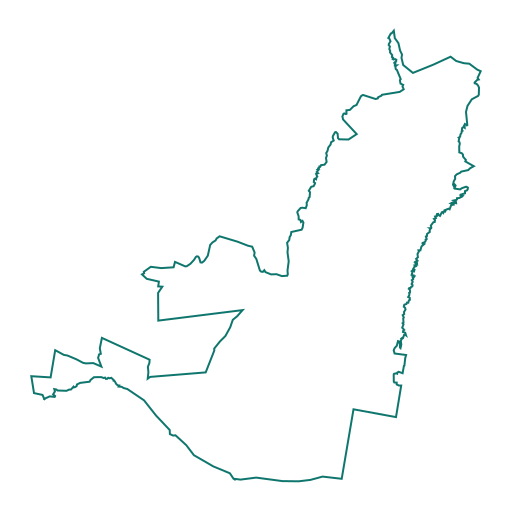 Villa del Carbón, México, Mexico
{"feature_id": "50627088B23542749511930", "entity_name": "Villa del Carbón", "entity_type": "district", "adm_level": 2, "iso_a3": "MEX", "parent_name": "Mexico", "parent_adm1": "México", "projection": "albers", "projection_center": [-99.483, 19.744], "detail": "fine", "context": "isolated", "style": "outline", "palette": "teal", "viewbox_px": 512, "rotation_deg": 0, "n_neighbors": 0, "source": "geoboundaries", "source_scale": "gbopen_adm2", "svg_char_len": 6022}
<svg xmlns="http://www.w3.org/2000/svg" viewBox="0 0 512 512"><path d="M142.0,274.4L146.7,278.8L158.9,281.6L158.2,286.4L162.3,286.7L158.1,292.9L158.3,320.6L242.6,310.1L237.1,316.3L232.8,319.8L230.2,327.3L225.4,336.0L220.0,341.4L214.2,348.6L214.3,350.5L205.7,372.4L150.2,376.9L147.7,378.7L148.4,372.4L147.9,366.8L149.4,363.0L149.6,359.7L101.9,337.9L99.8,348.3L100.8,353.8L99.1,354.4L98.1,357.9L101.4,366.6L93.3,363.1L85.9,363.4L83.0,362.8L76.4,359.3L67.4,355.5L63.9,354.9L55.2,350.2L50.6,377.4L31.3,376.2L34.0,393.1L42.5,394.9L44.2,398.8L43.9,399.8L45.3,398.4L49.7,396.4L54.7,396.9L55.1,396.0L53.1,394.4L54.9,391.5L54.3,389.1L56.4,389.5L57.5,390.5L66.5,390.8L69.1,389.6L71.0,389.5L73.5,386.7L73.9,387.4L75.4,387.0L76.8,385.8L76.9,384.5L80.1,382.9L89.6,381.7L90.5,380.0L94.0,377.2L101.2,377.1L103.6,378.0L105.1,377.6L105.9,378.9L107.2,378.8L108.2,377.8L109.6,378.3L111.3,377.8L113.8,380.2L113.6,380.7L114.7,381.2L116.4,384.2L117.7,385.3L119.2,385.5L118.7,386.6L121.6,386.8L123.8,388.1L127.3,389.0L144.0,400.3L156.0,415.5L169.7,430.0L169.9,434.1L173.2,435.6L175.5,435.3L186.3,445.2L193.9,455.2L213.3,466.4L229.9,473.3L233.5,478.7L234.8,479.5L235.0,478.9L240.5,479.6L256.2,477.6L282.4,481.1L298.7,481.3L310.4,479.9L322.6,476.6L341.7,478.8L353.5,409.3L396.0,417.1L401.2,385.5L399.0,385.5L396.7,384.5L396.7,382.6L394.3,382.5L393.8,381.7L393.7,374.5L394.0,373.8L396.3,373.3L397.2,373.7L397.4,372.5L398.6,371.8L402.6,373.2L403.9,365.9L404.4,365.6L405.2,358.3L406.1,355.0L394.6,353.5L393.7,350.4L394.5,348.3L396.8,345.7L398.0,341.1L398.9,341.4L399.9,344.0L400.0,347.6L400.5,348.1L401.3,344.6L400.8,340.7L401.7,339.2L401.2,338.7L402.3,337.8L403.0,338.0L404.1,334.9L405.1,334.6L406.0,335.3L405.2,332.7L403.0,332.0L403.2,330.8L404.2,329.9L402.2,327.7L403.5,324.4L402.6,323.2L403.5,322.6L403.2,318.5L403.8,317.5L402.7,315.1L404.2,314.1L404.0,312.0L405.5,309.6L405.1,307.8L403.8,306.7L404.3,304.7L406.4,304.0L407.0,302.6L408.3,302.7L408.9,300.4L409.9,299.8L409.7,297.7L408.2,297.0L409.4,294.9L409.2,292.8L409.9,292.6L410.1,291.4L409.6,289.3L408.8,288.8L409.2,288.1L410.4,288.2L410.8,287.2L412.3,286.4L412.6,285.1L411.6,284.0L412.7,281.9L411.8,280.2L413.1,279.3L412.7,277.6L413.4,277.9L414.4,276.4L413.2,276.4L413.6,275.4L411.6,274.9L412.5,272.1L411.7,271.2L412.8,270.4L414.1,271.2L414.5,269.7L413.1,269.1L414.4,266.8L415.7,266.3L414.7,265.3L416.8,264.8L415.5,263.2L417.0,263.3L416.8,261.9L415.9,261.5L417.5,260.7L416.1,258.9L417.9,257.3L417.5,254.0L418.9,251.4L418.5,250.3L420.4,250.3L421.5,246.4L424.2,244.1L422.5,243.5L422.6,242.9L424.7,242.2L425.8,240.6L425.6,239.6L426.7,239.0L425.9,236.5L426.9,236.1L427.1,233.9L429.8,231.9L429.6,230.3L430.6,228.6L429.9,228.2L431.2,228.1L431.3,227.3L430.8,225.6L433.4,222.2L434.7,222.0L435.0,220.2L434.0,218.9L435.9,218.1L435.1,216.5L436.8,216.1L436.8,214.9L437.7,214.6L437.4,214.0L438.2,213.9L438.5,215.0L440.0,215.9L441.8,212.3L442.4,212.0L443.3,213.0L444.1,211.2L445.1,211.6L445.6,210.6L445.1,210.1L448.5,208.7L449.6,209.3L451.2,205.1L453.7,204.6L453.5,204.0L451.0,203.3L452.5,202.5L456.1,203.2L455.9,201.7L453.7,200.5L456.4,199.9L457.1,199.2L457.0,198.2L459.2,198.0L461.8,196.8L462.7,195.9L460.4,195.4L460.5,194.7L465.0,193.3L465.0,191.1L467.1,190.3L467.7,189.2L467.9,187.6L466.1,186.7L461.8,188.2L460.2,189.4L454.6,188.6L454.2,188.1L455.1,186.8L454.6,186.4L455.5,185.4L454.6,184.4L453.5,185.6L453.0,184.7L453.8,181.2L455.2,178.8L455.0,176.2L456.6,174.4L460.1,172.8L461.2,171.6L468.2,170.1L470.2,168.2L473.8,166.2L465.3,161.4L465.9,160.0L463.1,156.7L462.9,154.5L461.9,153.3L459.3,152.4L459.2,146.3L459.8,143.8L459.5,142.2L458.6,141.4L459.3,137.9L458.8,137.6L460.1,136.7L460.5,134.3L461.5,133.0L461.7,131.2L462.5,130.8L461.9,130.0L462.1,128.1L463.5,127.0L464.7,127.8L464.7,126.8L463.8,126.2L464.9,124.0L466.8,125.4L467.3,125.1L466.0,111.9L467.5,105.9L471.8,99.3L478.1,95.9L478.8,94.7L479.0,87.6L478.1,85.6L476.6,83.9L474.7,83.3L474.6,82.5L477.3,79.8L478.7,79.5L477.6,77.9L480.7,71.2L477.2,69.6L469.3,63.7L463.9,63.2L456.2,61.0L450.6,56.7L433.0,64.8L412.9,72.9L403.2,65.0L401.5,57.9L402.0,54.5L400.1,50.6L398.4,43.1L394.8,38.1L393.8,30.7L391.6,33.4L390.8,33.5L388.4,37.9L389.1,38.1L390.5,41.3L388.8,44.1L388.7,45.0L389.9,46.5L389.3,49.1L390.2,50.8L390.0,52.4L392.2,55.1L391.9,57.0L393.1,57.7L392.6,59.0L393.5,59.5L395.0,59.1L396.3,59.7L396.2,61.1L394.3,62.7L394.4,63.2L395.4,63.0L394.9,65.3L396.7,65.3L395.3,66.4L395.8,69.2L396.9,69.9L400.7,79.1L399.9,80.1L400.5,83.6L403.2,84.9L402.5,86.5L403.7,89.3L399.7,91.9L381.9,94.8L381.4,95.7L378.2,97.2L377.8,98.4L375.6,99.0L363.1,95.0L362.4,95.2L360.9,96.3L356.5,105.0L353.6,106.2L349.9,109.9L346.4,110.3L346.5,113.8L345.9,114.1L344.2,113.4L343.4,114.0L342.4,116.5L343.1,119.5L356.7,134.1L348.5,139.5L339.1,139.3L338.0,138.1L337.6,133.7L335.9,132.0L335.0,132.3L332.9,136.1L332.7,137.5L333.7,140.6L331.1,142.2L330.6,144.5L328.3,147.5L327.5,150.9L326.2,153.1L326.9,155.6L326.0,157.9L326.6,161.9L324.5,164.7L321.1,165.1L320.3,166.7L319.4,166.5L319.0,168.0L318.2,168.2L317.9,169.0L318.4,169.3L317.5,169.7L318.2,170.3L316.7,172.0L318.0,173.2L316.1,174.0L317.3,176.6L316.4,177.5L316.1,179.3L314.9,178.7L314.1,179.3L313.8,182.1L315.1,183.1L314.7,184.2L313.6,186.2L311.2,186.8L308.8,190.8L310.0,192.2L309.6,197.1L308.7,197.9L308.5,199.3L306.6,202.8L306.8,205.2L305.7,208.2L302.3,207.7L300.6,208.0L297.6,211.4L297.3,212.4L298.6,216.2L298.7,219.4L300.4,219.9L301.0,222.0L302.5,220.9L303.4,222.6L302.6,227.7L301.6,229.7L291.3,232.0L290.8,235.2L289.6,237.2L289.3,239.9L287.1,242.8L287.9,247.8L287.5,252.4L288.7,261.3L287.5,270.5L287.8,274.3L287.2,275.7L281.9,276.1L276.5,274.2L271.1,274.4L265.4,272.1L264.3,270.2L262.8,271.9L261.1,271.6L259.9,270.5L256.3,258.9L254.1,255.7L254.6,252.5L252.2,246.7L247.9,245.7L237.6,241.7L219.6,236.3L216.6,238.5L215.6,240.4L212.4,242.5L210.2,244.9L207.8,255.7L204.2,260.9L202.0,262.6L200.5,262.4L199.1,257.8L198.2,256.6L197.0,256.3L195.9,256.9L194.0,259.9L190.4,263.8L186.8,266.2L185.3,266.4L175.0,261.9L173.6,267.3L161.2,268.1L150.8,266.8L143.8,271.8L144.1,273.3L142.0,274.4Z" fill="none" stroke="#0f766e" stroke-width="2"/></svg>